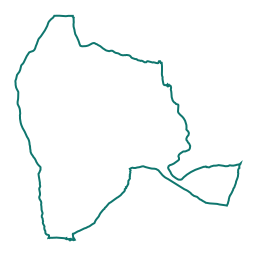 Muheza, Tanga, United Republic of Tanzania
{"feature_id": "72390352B38576032693201", "entity_name": "Muheza", "entity_type": "district", "adm_level": 2, "iso_a3": "TZA", "parent_name": "United Republic of Tanzania", "parent_adm1": "Tanga", "projection": "albers", "projection_center": [38.789, -5.179], "detail": "fine", "context": "isolated", "style": "outline", "palette": "teal", "viewbox_px": 256, "rotation_deg": 0, "n_neighbors": 0, "source": "geoboundaries", "source_scale": "gbopen_adm2", "svg_char_len": 5703}
<svg xmlns="http://www.w3.org/2000/svg" viewBox="0 0 256 256"><path d="M73.9,240.1L74.8,239.8L73.9,238.2L73.3,238.0L72.9,235.0L72.8,234.6L72.9,233.8L73.2,233.6L74.0,233.6L77.6,231.5L79.5,230.8L84.4,228.4L85.8,228.0L88.1,226.8L88.8,226.6L90.0,225.9L92.4,224.2L94.4,223.1L95.3,221.1L95.7,220.3L96.8,218.8L98.4,216.9L99.0,216.0L99.5,214.8L100.5,213.1L102.6,210.5L103.6,209.4L104.4,208.9L104.9,207.8L106.0,206.9L109.0,203.3L110.7,202.3L114.4,199.6L116.5,198.1L117.2,197.6L118.0,197.2L120.7,195.2L122.3,193.3L124.0,191.7L124.8,190.6L124.8,189.2L126.1,188.2L126.1,187.8L125.9,187.1L127.0,186.5L127.2,185.9L128.3,183.9L128.3,183.4L128.2,183.4L128.4,180.8L129.9,178.6L129.7,176.5L130.0,176.1L130.0,175.8L129.7,175.0L130.1,174.2L130.1,173.5L130.4,172.5L130.1,171.5L130.6,170.4L129.8,168.9L130.1,168.7L131.4,168.0L132.5,167.7L133.8,168.0L135.4,168.0L137.1,167.5L139.3,167.2L142.1,166.4L143.4,166.3L145.6,167.1L149.9,168.2L151.9,168.6L154.3,168.7L156.0,169.0L158.4,170.3L162.6,175.3L164.8,177.2L166.6,178.3L167.8,178.9L184.3,189.2L186.5,190.2L188.0,191.1L190.5,192.9L191.6,194.2L194.0,195.9L197.1,196.9L199.8,199.3L201.6,200.1L202.3,200.7L204.9,202.1L205.6,202.7L209.8,203.4L217.1,203.9L219.6,204.5L225.5,205.3L226.9,205.6L227.3,204.6L227.8,203.7L228.4,201.3L228.8,200.1L228.8,199.3L229.5,196.6L229.8,196.2L230.0,195.4L230.5,194.9L231.7,192.8L233.1,189.8L233.4,188.6L233.9,187.9L234.1,187.7L234.4,187.2L234.8,185.9L235.7,183.6L236.0,182.3L236.0,181.8L237.4,178.2L238.0,176.2L238.0,175.5L238.3,173.2L238.2,172.9L238.0,172.6L238.2,171.6L238.1,171.0L238.2,169.8L238.4,169.3L239.0,168.2L239.4,168.0L239.3,166.1L239.6,165.0L240.4,164.0L240.6,163.4L239.6,164.3L236.8,164.8L235.2,165.3L234.4,165.4L233.6,165.6L231.8,165.6L229.8,165.3L227.9,166.1L226.3,166.2L225.2,166.2L223.5,165.8L218.6,165.1L217.0,165.5L215.1,165.7L213.6,165.7L210.8,166.5L209.1,167.4L207.6,167.2L206.9,166.9L206.4,167.1L205.8,166.5L204.7,166.8L203.7,166.8L195.4,169.8L191.0,172.0L186.5,174.9L186.4,175.1L183.9,177.1L181.7,179.4L180.5,179.7L178.4,179.6L176.6,178.6L175.5,177.9L172.8,175.9L171.3,174.0L170.5,172.1L169.5,170.5L168.6,169.1L168.1,167.8L168.6,166.2L169.8,165.2L171.7,164.6L173.8,163.6L178.0,160.6L179.0,159.6L179.0,158.0L178.4,156.2L179.0,154.7L180.2,153.5L183.2,151.5L185.4,151.4L188.9,149.9L189.4,149.3L189.9,148.2L190.2,146.0L189.1,143.5L188.1,142.6L187.4,141.2L186.4,139.9L186.4,138.5L187.1,136.8L188.5,135.1L188.9,133.1L188.2,131.5L186.4,129.6L186.5,127.3L186.4,125.1L185.5,122.1L185.1,120.8L183.7,118.4L182.3,116.7L179.9,114.5L178.3,112.6L178.0,111.3L178.4,105.5L178.2,104.7L177.2,104.3L175.9,103.9L175.3,103.0L174.3,102.5L173.5,101.6L172.7,100.5L171.7,97.2L171.4,92.8L171.2,91.2L170.8,89.6L171.1,87.8L170.8,86.2L170.2,85.6L169.6,85.6L169.1,85.0L168.7,85.4L168.7,86.1L168.0,86.4L167.7,85.9L167.7,85.6L168.2,85.2L168.0,84.7L167.6,84.3L167.3,85.0L167.3,85.4L167.0,85.7L166.4,85.0L166.1,85.0L165.5,85.2L164.6,85.1L164.1,84.9L163.6,84.4L163.3,83.4L162.6,79.7L162.5,78.4L162.6,77.1L162.1,75.9L161.9,74.4L162.0,70.4L162.0,66.2L161.7,62.9L160.8,63.0L160.5,62.2L160.4,61.6L160.1,61.2L158.9,61.3L158.7,61.8L158.6,62.5L158.3,63.0L157.9,63.2L156.2,63.0L155.0,62.6L153.4,62.3L152.7,62.5L147.8,61.2L147.0,61.4L146.3,62.2L144.7,62.3L144.1,62.0L143.4,61.5L141.7,60.7L140.6,60.9L140.0,60.6L137.9,60.2L137.1,59.7L136.7,59.2L135.0,59.0L132.4,58.1L131.8,57.8L131.1,57.2L130.8,56.6L129.8,55.7L129.2,55.4L128.3,55.2L126.9,55.0L126.1,55.0L125.4,55.2L124.7,55.1L123.0,55.3L121.9,55.1L120.7,54.8L119.8,54.3L119.1,53.8L118.0,53.3L115.8,52.9L114.2,52.1L113.5,51.4L112.0,50.7L110.4,50.8L109.6,51.1L108.8,51.1L106.7,50.6L105.5,50.1L104.9,49.6L103.1,48.5L100.3,46.2L98.0,45.0L96.8,44.2L95.6,43.8L94.9,43.3L94.0,43.0L92.4,43.3L88.7,45.3L87.6,45.7L85.9,46.1L82.1,46.3L80.4,45.8L79.7,44.4L79.3,43.3L79.2,42.7L78.0,39.5L77.5,38.6L77.2,37.7L75.3,34.2L74.6,31.1L74.5,30.1L73.6,26.7L73.5,24.3L73.8,21.9L73.6,21.1L73.7,20.1L73.5,18.4L73.5,18.1L73.8,17.8L73.8,17.6L73.2,17.2L72.7,16.7L72.7,16.4L72.8,16.2L72.8,15.9L68.1,15.9L65.9,16.2L59.0,15.7L54.3,15.8L54.0,16.3L53.0,17.7L51.1,19.2L49.0,21.5L48.4,22.5L47.2,26.0L44.9,30.4L41.1,36.0L39.8,37.6L39.2,38.2L38.7,38.9L38.3,39.6L37.6,41.7L37.3,42.2L37.2,42.8L36.6,44.4L36.0,45.7L35.1,48.5L34.4,49.8L33.7,50.5L33.0,51.0L30.3,51.9L29.2,52.4L26.7,56.2L23.7,62.5L22.7,63.9L21.8,64.7L21.2,65.6L20.2,69.8L19.3,71.9L18.2,73.3L17.0,75.0L16.1,79.0L15.5,80.5L15.4,81.4L15.6,83.4L15.6,84.8L16.1,87.5L16.8,89.1L18.2,91.7L18.3,92.4L18.2,96.9L18.1,98.9L17.6,101.8L17.6,103.2L17.7,104.2L19.2,107.3L19.6,108.5L19.9,109.9L20.2,113.5L19.9,115.4L20.0,116.6L20.0,118.6L20.7,122.8L21.3,124.9L22.6,128.0L24.7,131.7L27.0,136.8L28.2,138.7L29.0,140.7L29.4,142.6L29.6,144.7L30.0,146.1L30.2,148.8L30.5,150.3L30.5,151.2L30.7,152.2L31.4,153.9L32.9,156.0L33.3,156.8L34.7,158.5L35.6,160.1L36.5,162.2L37.1,163.1L37.6,164.0L38.7,165.3L40.2,166.8L40.5,167.2L40.5,169.9L40.2,170.3L39.4,172.4L38.5,173.9L38.8,176.2L39.9,182.7L39.9,183.3L39.8,184.0L40.1,185.7L40.2,186.3L39.8,187.4L39.4,188.0L39.2,189.0L39.9,192.6L40.0,193.8L40.0,194.9L39.2,197.1L39.4,198.4L39.6,199.0L41.0,201.4L41.2,202.1L41.3,203.1L41.1,204.7L41.4,206.3L41.6,210.0L42.6,213.1L42.4,214.1L41.8,215.6L41.8,217.0L42.6,218.5L42.8,220.1L43.1,221.4L42.8,222.2L43.0,223.6L44.5,226.4L44.3,227.2L44.3,228.4L44.4,229.2L44.7,229.7L44.8,230.3L45.3,231.0L45.4,233.0L46.0,234.0L46.8,234.6L48.5,235.0L49.0,235.4L49.0,236.5L48.5,237.9L48.9,237.8L49.4,238.1L50.3,237.8L52.2,237.8L56.6,237.6L64.2,238.2L65.3,238.5L66.3,238.1L66.3,239.1L66.6,239.2L67.9,239.0L68.6,239.5L69.5,239.7L70.1,240.0L70.1,240.3L70.3,240.3L70.5,240.1L70.7,239.6L70.6,239.2L70.2,238.9L70.9,238.8L71.2,239.2L71.5,239.8L72.0,239.8L73.1,239.9L73.2,239.7L73.2,239.2L73.7,239.7L73.9,240.1Z" fill="none" stroke="#0f766e" stroke-width="2"/></svg>